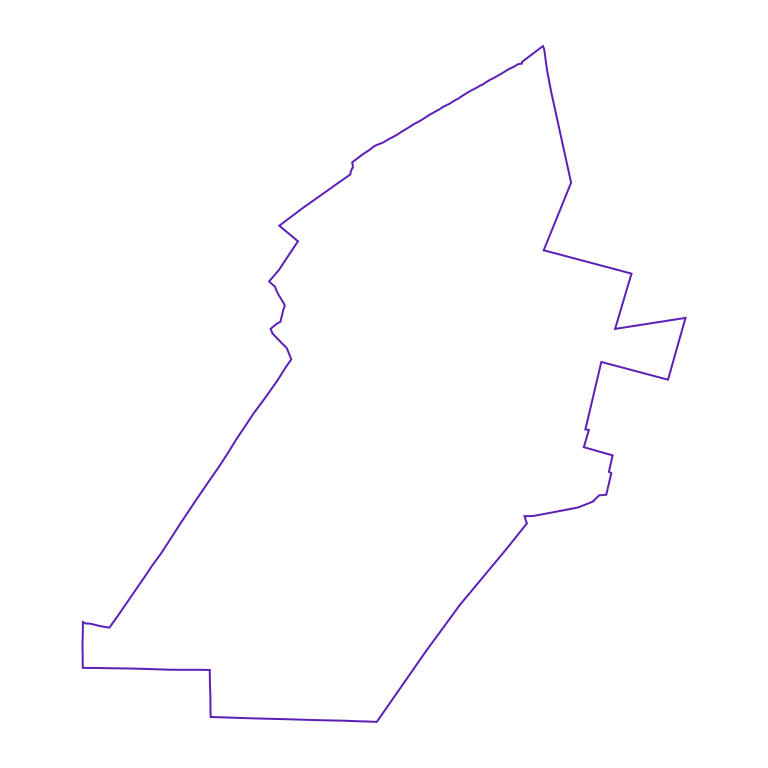 outline of Lipovu, Dolj, Romania
{"feature_id": "2599482B19969381066239", "entity_name": "Lipovu", "entity_type": "district", "adm_level": 2, "iso_a3": "ROU", "parent_name": "Romania", "parent_adm1": "Dolj", "projection": "mercator", "projection_center": [23.608, 44.111], "detail": "fine", "context": "isolated", "style": "outline", "palette": "violet", "viewbox_px": 768, "rotation_deg": 0, "n_neighbors": 0, "source": "geoboundaries", "source_scale": "gbopen_adm2", "svg_char_len": 2055}
<svg xmlns="http://www.w3.org/2000/svg" viewBox="0 0 768 768"><path d="M376.8,721.9L425.6,651.7L459.8,605.0L506.5,548.9L526.4,524.0L526.9,523.6L524.5,516.2L533.2,516.0L578.1,507.5L593.5,501.3L593.4,500.9L599.1,495.4L606.3,494.7L611.3,473.1L608.9,471.8L612.6,455.4L583.8,447.2L588.9,430.0L585.4,429.4L601.3,362.0L635.3,371.0L668.0,379.7L685.5,317.9L615.1,328.9L631.5,273.6L543.7,250.3L571.1,182.7L551.1,91.5L547.0,69.9L544.2,49.3L542.9,46.1L522.0,61.9L521.8,63.7L520.6,63.8L518.8,64.1L517.1,64.6L514.9,66.2L511.7,67.8L508.8,69.0L503.7,72.3L495.2,77.2L490.6,79.5L486.4,82.0L482.8,84.5L480.1,85.6L477.9,87.0L470.1,91.1L462.6,95.6L457.8,98.9L455.1,100.2L450.1,103.4L445.6,105.7L442.5,107.2L440.0,109.0L433.3,112.7L429.4,114.9L422.9,119.1L417.7,122.2L413.7,124.2L408.0,127.9L402.9,130.9L396.3,135.2L388.5,139.3L383.2,142.5L376.2,145.2L373.7,146.6L368.3,150.7L362.9,154.2L352.2,162.3L352.8,165.8L352.9,167.7L352.1,168.4L351.4,170.2L350.6,171.5L350.7,172.4L350.4,174.4L339.5,182.0L307.9,204.4L302.1,208.5L279.7,225.4L279.3,225.7L282.5,228.4L298.0,241.3L297.4,242.1L278.8,270.1L269.2,281.3L270.3,282.6L274.9,286.6L276.3,290.2L278.4,294.5L283.8,303.4L284.8,305.8L283.3,309.8L282.0,315.3L280.4,321.8L277.1,323.5L270.6,328.8L272.5,333.5L281.5,342.9L286.8,348.1L291.3,359.4L285.7,367.3L278.0,379.6L266.6,395.9L253.2,414.0L245.0,426.4L236.0,439.8L228.3,452.4L218.6,467.3L209.2,480.8L196.0,500.1L180.3,523.7L161.3,553.1L154.6,562.3L152.1,565.6L144.7,576.8L139.0,585.0L124.5,606.2L120.4,612.1L117.7,616.1L109.4,627.6L106.5,627.2L99.6,626.0L93.0,624.3L90.3,623.7L87.6,623.5L86.2,623.6L85.4,623.3L84.2,622.7L82.9,622.1L82.9,627.5L82.5,645.5L82.6,651.9L82.7,660.4L82.7,662.8L82.7,665.2L82.8,666.4L82.8,667.9L86.0,667.9L96.4,668.0L121.8,668.4L134.3,668.6L169.6,669.7L179.5,669.8L198.9,669.8L209.8,670.0L209.7,671.2L209.8,674.1L209.9,682.7L210.3,693.5L210.4,696.4L210.4,701.4L210.5,711.1L210.6,713.5L210.7,717.0L251.4,718.3L269.6,718.8L286.4,719.2L311.8,720.0L333.5,720.5L344.3,720.7L359.1,721.3L367.5,721.5L376.8,721.9Z" fill="none" stroke="#5b21b6" stroke-width="2"/></svg>